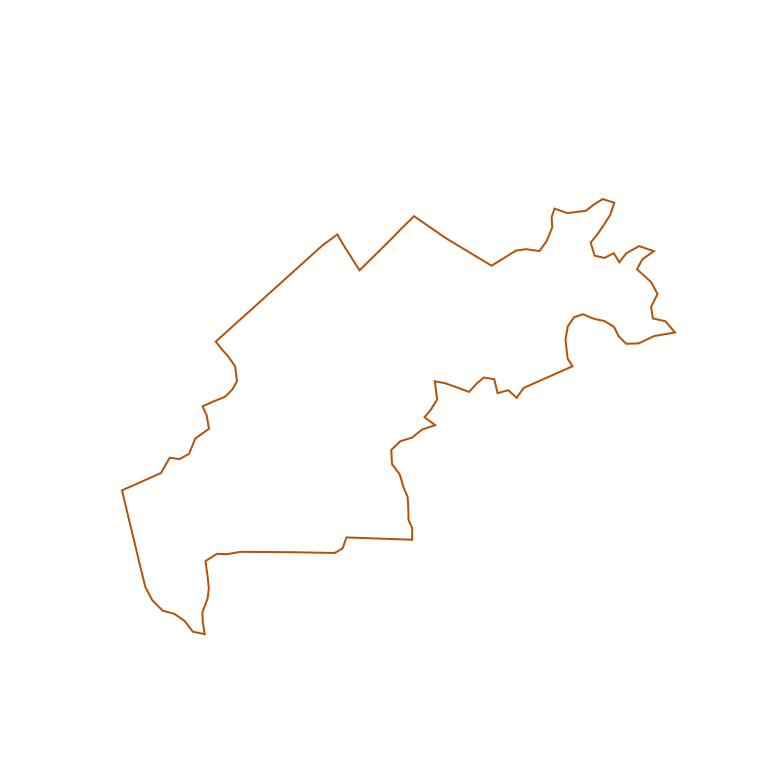 the district of Palmácia, Ceará, Brazil, rotated 156°
{"feature_id": "56859067B92857747427809", "entity_name": "Palmácia", "entity_type": "district", "adm_level": 2, "iso_a3": "BRA", "parent_name": "Brazil", "parent_adm1": "Ceará", "projection": "orthographic", "projection_center": [-38.86, -4.125], "detail": "fine", "context": "isolated", "style": "outline", "palette": "amber", "viewbox_px": 768, "rotation_deg": 156, "n_neighbors": 0, "source": "geoboundaries", "source_scale": "gbopen_adm2", "svg_char_len": 1635}
<svg xmlns="http://www.w3.org/2000/svg" viewBox="0 0 768 768"><g transform="rotate(156 384 384)"><path d="M137.7,429.1L128.0,434.1L118.4,440.0L108.6,446.4L99.9,455.9L109.0,464.0L119.8,462.5L129.2,460.1L137.4,462.7L146.9,465.5L156.9,474.9L163.0,468.2L166.7,458.5L177.5,448.3L188.0,442.2L199.4,449.4L209.2,452.2L237.6,448.3L268.4,492.4L282.6,515.7L288.3,525.1L304.7,519.0L316.6,514.2L360.1,497.8L364.4,526.6L365.8,539.6L383.7,535.7L520.4,491.2L518.0,481.5L515.1,472.5L512.9,460.7L517.1,446.4L524.3,440.9L534.6,437.0L546.1,437.4L558.8,437.4L558.8,427.4L562.1,414.3L578.5,411.0L590.5,399.5L601.3,398.6L609.8,403.8L624.0,393.4L666.6,393.4L671.2,368.9L676.0,342.6L680.8,316.9L684.6,295.3L683.7,281.1L678.4,266.9L669.0,259.3L662.4,248.4L659.4,235.5L649.5,228.4L646.7,239.3L642.8,249.3L632.5,259.7L627.3,268.2L623.5,279.6L619.2,294.8L605.6,296.8L596.6,292.4L583.3,289.0L537.6,268.3L497.8,249.7L488.8,250.6L480.7,259.1L421.7,230.3L416.9,240.6L416.9,249.7L412.7,259.7L408.4,271.1L408.2,281.5L406.4,295.1L409.3,307.5L404.2,320.8L392.4,325.1L380.4,323.6L367.7,326.9L354.0,325.6L360.5,337.1L352.0,341.3L341.7,348.3L336.5,365.9L327.5,359.6L317.9,350.4L309.6,342.2L298.6,346.9L290.1,349.3L281.3,343.5L284.0,329.5L273.0,327.8L268.4,317.5L258.0,323.6L204.6,323.6L205.9,332.6L200.2,350.7L192.6,362.0L183.2,367.7L173.8,366.8L166.3,358.7L156.9,351.7L150.6,342.6L150.2,332.3L146.4,322.3L134.9,317.5L118.0,318.0L97.2,312.7L101.4,326.9L111.7,334.5L108.6,345.9L97.5,355.0L98.6,368.7L106.2,385.9L97.2,392.9L83.4,395.6L94.8,406.2L109.5,404.9L119.5,399.5L120.9,410.1L131.3,409.5L139.4,415.6L137.7,429.1Z" fill="none" stroke="#b45309" stroke-width="2"/></g></svg>